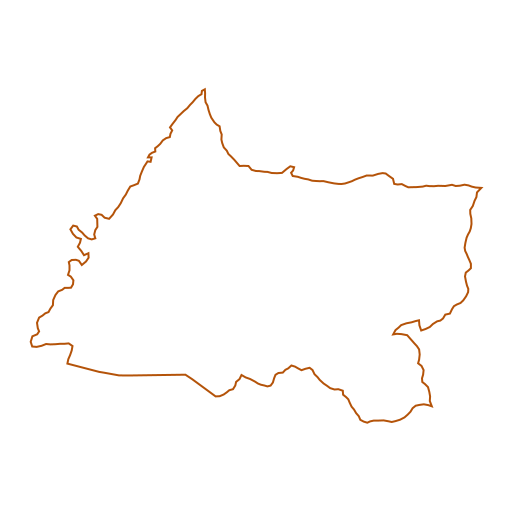 Santa Maria Madalena, Rio de Janeiro, Brazil (orthographic projection)
{"feature_id": "56859067B84707497106597", "entity_name": "Santa Maria Madalena", "entity_type": "district", "adm_level": 2, "iso_a3": "BRA", "parent_name": "Brazil", "parent_adm1": "Rio de Janeiro", "projection": "orthographic", "projection_center": [-41.908, -21.952], "detail": "fine", "context": "isolated", "style": "outline", "palette": "amber", "viewbox_px": 512, "rotation_deg": 0, "n_neighbors": 0, "source": "geoboundaries", "source_scale": "gbopen_adm2", "svg_char_len": 4237}
<svg xmlns="http://www.w3.org/2000/svg" viewBox="0 0 512 512"><path d="M294.1,167.2L290.3,166.3L286.6,169.0L282.0,172.9L277.1,173.2L271.7,173.0L267.5,171.9L264.4,171.8L259.4,171.1L255.9,171.0L251.6,169.8L248.5,166.0L243.7,165.8L239.6,166.0L237.2,163.2L234.3,159.8L230.9,156.3L228.4,154.0L226.8,150.7L223.8,147.4L222.2,143.0L221.4,139.5L221.7,134.5L220.3,130.9L219.6,126.3L216.7,124.6L214.4,122.3L211.3,117.7L209.8,114.0L208.5,109.9L207.5,105.6L205.6,102.3L205.0,97.5L205.1,93.2L204.8,89.3L201.9,90.9L201.5,94.2L198.3,96.1L195.4,98.9L192.6,102.3L190.2,104.7L187.3,108.2L183.6,111.2L180.7,114.0L177.6,116.9L175.5,120.1L172.7,123.7L170.0,127.4L172.2,130.4L170.5,133.7L169.8,137.1L166.2,138.1L162.8,140.4L160.2,143.9L157.6,146.3L155.1,148.2L155.3,151.5L152.0,152.8L149.5,154.6L148.0,157.4L151.6,157.4L150.6,161.8L147.5,161.4L145.7,164.2L143.9,166.9L141.9,171.5L140.2,175.8L139.5,179.4L137.9,183.6L133.7,185.3L130.3,186.5L127.8,190.6L125.8,194.6L123.1,198.3L120.8,203.1L118.2,207.1L115.3,210.2L113.0,214.5L109.1,218.8L104.6,217.7L101.6,214.8L98.2,214.1L94.9,215.7L97.2,218.9L97.3,222.9L97.4,226.9L95.3,230.1L94.2,234.5L95.3,238.3L91.7,239.4L88.0,238.3L84.6,235.4L82.2,232.6L78.6,229.7L76.9,226.5L73.2,225.6L70.4,229.3L72.9,233.8L76.4,237.5L80.9,238.9L80.0,242.7L77.8,246.8L81.3,251.0L84.0,255.2L88.4,253.2L88.6,257.7L86.0,261.5L81.8,265.0L78.9,260.8L75.9,259.8L71.7,260.0L68.8,262.1L69.5,265.4L69.5,270.3L68.0,274.9L70.8,276.6L73.4,280.3L73.0,284.3L71.0,287.7L67.7,287.9L64.6,287.9L62.2,289.8L58.2,291.4L55.5,294.9L53.2,300.0L52.9,305.2L50.4,308.6L48.5,312.1L45.3,313.3L42.5,315.6L39.1,317.6L37.0,322.8L37.8,328.2L39.1,331.4L37.2,334.3L32.4,336.3L30.7,341.8L32.2,346.5L36.6,346.9L41.6,345.8L46.1,344.0L50.4,344.4L55.6,344.2L60.0,343.8L64.4,343.8L68.7,343.4L72.5,346.0L71.7,350.5L70.1,355.1L68.3,359.2L67.4,363.6L99.2,371.9L104.1,372.7L119.0,375.4L128.2,375.5L185.4,374.7L192.2,379.2L215.6,396.4L219.7,396.2L223.7,394.5L226.8,392.3L229.3,390.2L233.0,389.2L235.3,385.5L236.1,381.9L239.5,379.1L241.5,375.0L245.6,377.4L250.1,379.0L255.0,381.6L257.9,383.5L260.8,384.7L264.4,385.5L267.4,386.4L270.6,385.6L272.9,382.5L274.1,378.3L275.5,374.8L278.4,373.0L282.8,372.6L285.4,369.8L288.2,368.4L291.4,365.5L295.0,366.6L298.1,368.4L301.5,370.2L305.4,368.8L309.6,367.8L312.5,370.0L314.5,374.2L317.6,377.2L319.7,379.9L323.6,383.5L327.3,386.0L330.1,388.1L334.5,389.5L338.3,389.2L342.8,390.7L343.1,394.7L346.1,397.1L348.3,399.3L349.7,402.7L351.6,406.7L354.0,409.5L356.1,413.1L358.8,416.2L360.3,419.8L363.7,421.6L367.3,422.7L370.1,421.4L373.7,420.6L377.9,420.6L383.6,420.4L388.6,421.3L391.7,422.0L395.5,421.1L400.1,419.7L404.5,417.4L407.7,414.6L410.5,411.7L412.6,408.2L415.7,405.7L419.5,404.9L423.8,404.3L428.2,405.1L431.8,406.3L429.8,401.0L430.1,396.4L429.3,391.9L428.0,387.1L424.9,384.0L422.3,382.0L422.0,378.3L423.1,374.7L423.6,370.1L421.5,365.9L418.1,363.3L419.1,359.7L419.7,354.5L419.1,349.4L416.9,346.1L414.4,343.4L410.7,339.2L407.2,335.2L401.4,334.1L396.9,333.8L393.2,334.4L395.5,330.1L398.6,327.6L401.2,325.1L406.4,323.3L411.6,322.3L415.5,321.1L419.0,320.3L419.4,325.3L421.2,330.5L425.6,329.0L429.8,327.0L432.9,324.0L437.2,321.3L440.3,320.6L443.0,318.5L445.3,314.6L449.9,313.6L452.0,309.2L453.9,306.2L456.8,304.5L460.5,303.0L463.3,300.3L466.1,296.3L468.1,292.2L468.3,288.9L467.0,285.6L466.0,281.7L465.0,276.4L465.8,272.6L468.5,270.5L470.9,268.2L470.9,263.8L469.3,260.0L467.9,257.0L466.7,254.0L465.2,251.0L464.6,247.7L465.4,242.8L466.6,237.7L468.0,234.5L469.7,231.5L470.8,228.2L471.5,224.0L471.3,218.4L470.3,213.8L470.2,209.9L472.8,206.0L474.6,200.7L476.4,197.1L477.0,192.4L481.3,187.9L475.6,187.5L471.7,186.6L468.5,185.4L464.5,184.7L459.9,185.7L455.7,186.0L452.0,184.8L448.7,185.4L445.3,186.0L441.9,185.9L438.1,185.8L434.0,186.2L429.3,186.1L426.2,185.7L422.7,186.6L416.4,187.1L411.4,187.2L408.3,187.3L405.4,186.0L401.8,184.1L397.6,184.5L394.2,183.9L393.0,178.8L388.6,175.7L385.7,173.5L382.6,173.1L378.2,173.9L372.8,175.6L366.7,175.5L362.6,177.0L358.5,178.3L354.9,179.7L351.9,181.2L348.7,182.3L345.0,183.5L341.4,184.0L338.4,183.9L334.1,183.4L328.5,182.3L323.4,181.1L319.6,181.2L316.0,181.0L312.1,180.7L308.2,179.4L304.6,178.8L301.1,177.9L297.8,176.8L292.7,176.0L291.1,172.8L293.1,170.5L294.1,167.2Z" fill="none" stroke="#b45309" stroke-width="2"/></svg>